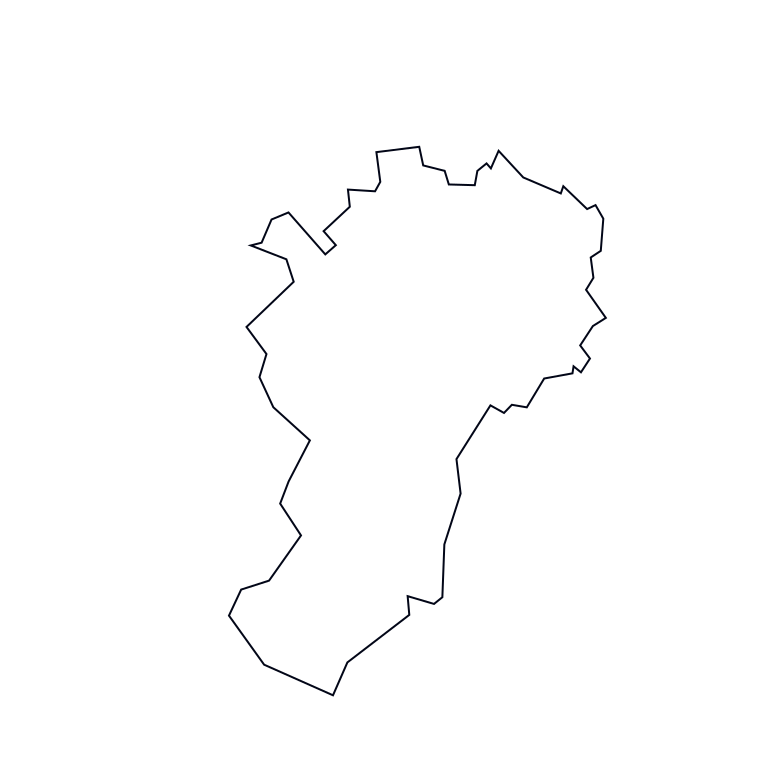 Krivogashtani, Krivogaštani, North Macedonia (Robinson projection), rotated 228°
{"feature_id": "65306769B57810703972123", "entity_name": "Krivogashtani", "entity_type": "district", "adm_level": 2, "iso_a3": "MKD", "parent_name": "North Macedonia", "parent_adm1": "Krivogaštani", "projection": "robinson", "projection_center": [21.369, 41.324], "detail": "fine", "context": "isolated", "style": "outline", "palette": "ink", "viewbox_px": 768, "rotation_deg": 228, "n_neighbors": 0, "source": "geoboundaries", "source_scale": "gbopen_adm2", "svg_char_len": 970}
<svg xmlns="http://www.w3.org/2000/svg" viewBox="0 0 768 768"><g transform="rotate(228 384 384)"><path d="M186.8,137.8L201.6,170.5L195.5,248.3L210.5,259.6L187.1,274.0L186.5,284.7L224.4,321.5L251.3,367.6L279.7,387.6L296.9,448.8L282.2,453.8L283.0,465.1L271.1,474.5L280.9,506.7L265.8,531.2L270.3,536.7L260.9,538.2L265.1,554.1L281.4,555.6L287.3,578.0L284.7,593.1L318.8,597.2L322.8,610.7L339.7,622.3L337.9,634.2L360.1,657.6L375.4,660.9L378.1,652.0L411.0,649.6L407.3,642.9L444.3,625.7L480.6,625.2L472.7,607.7L479.3,607.8L479.9,596.0L471.0,584.5L488.9,565.7L501.8,571.7L520.2,559.4L536.7,568.9L561.4,533.5L536.7,516.5L533.2,506.3L552.6,487.3L538.6,477.2L538.0,441.4L519.4,441.1L519.6,427.1L575.4,427.8L581.5,410.5L570.9,387.6L576.1,377.7L542.0,394.9L520.4,385.3L518.4,320.0L484.9,316.7L472.4,296.0L440.8,286.2L391.7,291.2L375.4,247.9L364.6,226.8L327.0,221.0L314.8,167.0L326.8,140.3L315.6,113.8L255.6,107.1L186.8,137.8Z" fill="none" stroke="#020617" stroke-width="2"/></g></svg>